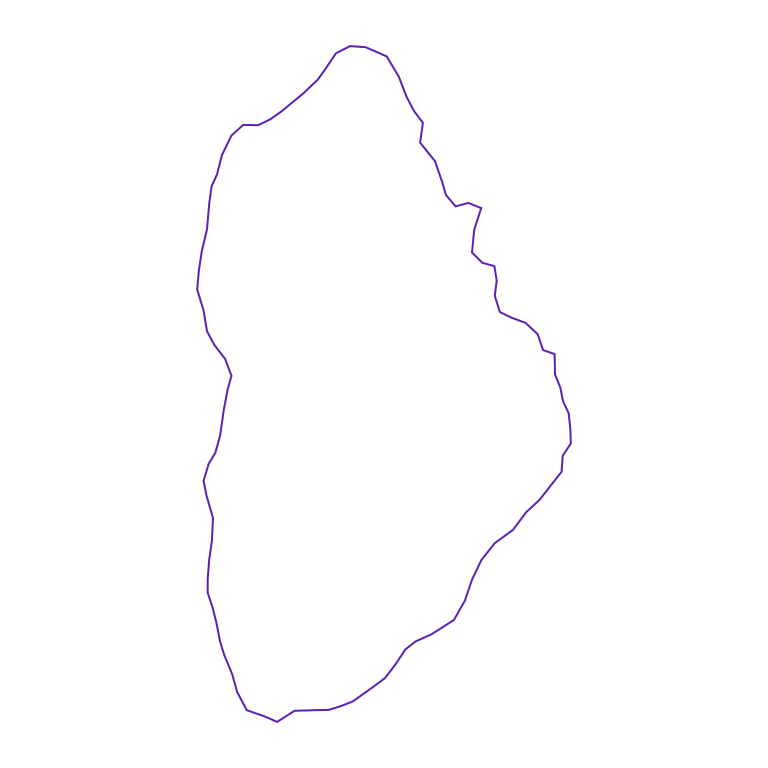 outline of Novais, São Paulo, Brazil
{"feature_id": "56859067B41294834912273", "entity_name": "Novais", "entity_type": "district", "adm_level": 2, "iso_a3": "BRA", "parent_name": "Brazil", "parent_adm1": "São Paulo", "projection": "equal_earth", "projection_center": [-48.916, -20.986], "detail": "fine", "context": "isolated", "style": "outline", "palette": "violet", "viewbox_px": 768, "rotation_deg": 0, "n_neighbors": 0, "source": "geoboundaries", "source_scale": "gbopen_adm2", "svg_char_len": 1318}
<svg xmlns="http://www.w3.org/2000/svg" viewBox="0 0 768 768"><path d="M561.6,471.7L562.7,455.7L570.8,443.5L570.4,430.0L568.7,413.2L563.1,401.5L560.4,387.8L555.0,374.3L554.6,354.1L543.1,350.1L537.6,334.1L525.5,322.9L511.8,317.8L499.9,312.1L494.8,295.8L496.7,280.6L494.4,266.1L482.5,262.9L472.0,252.6L474.2,229.8L481.2,208.1L468.2,202.9L455.6,206.4L445.9,194.9L442.0,181.5L435.0,161.2L420.1,142.6L422.9,122.9L414.1,111.2L406.5,96.7L398.8,76.7L386.7,56.4L365.6,47.2L350.1,46.1L336.0,53.2L325.6,68.7L317.9,79.5L303.2,93.5L291.7,102.9L281.7,111.2L270.4,119.2L258.3,125.2L243.2,124.9L231.5,135.5L221.9,155.2L217.0,174.4L211.5,186.6L209.3,202.9L207.0,229.2L201.7,251.8L198.9,270.4L197.2,289.5L203.6,310.6L207.0,331.2L214.3,344.9L225.1,358.9L231.5,375.8L227.7,389.2L223.8,409.8L220.2,435.2L215.3,452.9L208.7,463.7L203.6,480.9L206.6,496.0L213.0,518.0L211.9,540.9L209.2,559.7L207.7,578.8L207.7,592.8L212.6,607.7L216.4,622.8L220.2,642.0L224.5,655.7L232.2,674.2L237.1,691.9L246.8,710.2L264.9,716.5L277.1,721.9L294.5,710.8L314.1,710.2L328.4,709.9L339.8,706.5L352.8,701.4L373.7,686.5L385.2,677.9L395.4,664.5L405.4,649.4L415.6,641.4L431.1,634.5L453.9,620.0L464.8,600.8L472.0,579.7L481.4,560.0L494.8,543.1L504.2,536.3L513.1,529.7L526.1,512.3L539.7,499.7L550.6,485.7L561.6,471.7Z" fill="none" stroke="#5b21b6" stroke-width="2"/></svg>